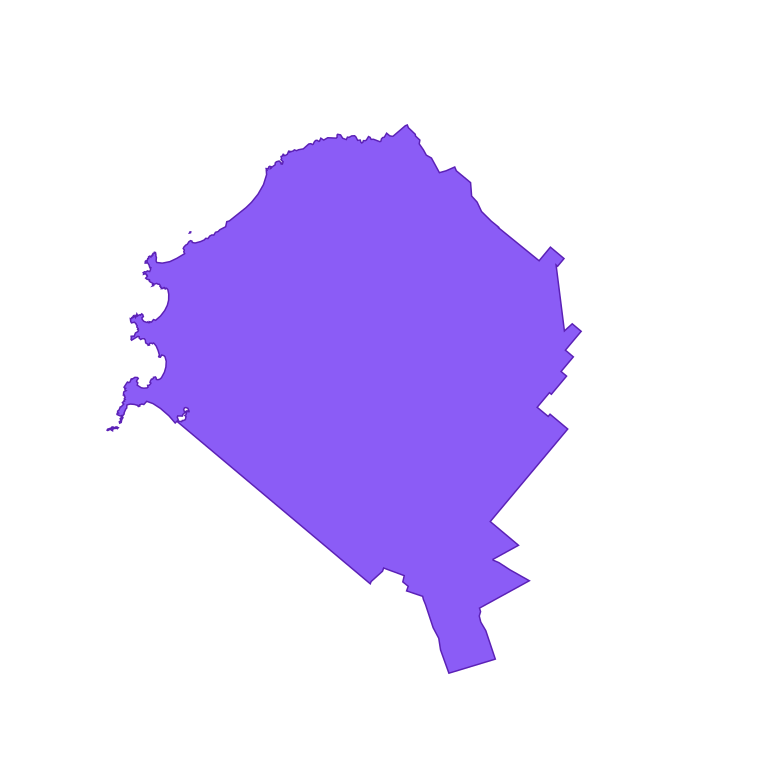 outline of Jerramungup, Western Australia, Australia, rotated 130°
{"feature_id": "25037944B23551861043119", "entity_name": "Jerramungup", "entity_type": "district", "adm_level": 2, "iso_a3": "AUS", "parent_name": "Australia", "parent_adm1": "Western Australia", "projection": "natural_earth1", "projection_center": [119.283, -34.031], "detail": "fine", "context": "isolated", "style": "filled", "palette": "violet", "viewbox_px": 768, "rotation_deg": 130, "n_neighbors": 0, "source": "geoboundaries", "source_scale": "gbopen_adm2", "svg_char_len": 6176}
<svg xmlns="http://www.w3.org/2000/svg" viewBox="0 0 768 768"><g transform="rotate(130 384 384)"><path d="M295.9,611.6L299.1,608.5L308.7,604.5L319.7,602.5L330.0,602.3L337.7,603.1L358.5,607.3L360.7,608.8L365.3,606.4L371.3,608.9L373.9,609.1L376.1,610.6L379.3,610.1L380.5,611.7L382.7,612.6L385.7,612.3L387.0,614.2L389.1,614.3L392.7,616.0L397.4,619.3L398.8,621.8L398.0,623.0L398.5,624.3L400.3,624.9L403.4,624.5L405.1,625.2L407.8,625.3L409.3,624.9L409.7,623.0L411.4,622.4L412.3,620.5L420.9,623.5L427.9,626.7L433.9,631.5L437.0,636.2L436.2,637.7L433.3,639.7L432.7,640.9L431.0,642.4L431.1,643.2L430.4,643.3L429.8,644.0L430.3,643.8L430.6,644.4L431.2,643.8L431.3,644.3L432.2,644.8L433.2,644.7L433.6,644.0L434.4,644.5L435.1,644.0L435.6,644.6L436.6,644.2L436.7,645.7L437.9,646.1L439.2,645.0L439.8,645.6L442.4,644.3L442.4,645.5L443.4,645.7L444.9,644.7L443.9,643.6L443.0,643.5L443.8,640.6L445.1,638.7L444.8,637.6L445.5,637.7L445.5,637.0L446.7,636.3L448.5,635.8L449.4,637.9L451.2,638.4L451.9,639.6L453.6,640.0L453.7,639.1L454.5,638.7L452.7,637.6L452.9,635.8L453.2,636.0L453.6,634.5L456.1,634.6L456.1,632.8L455.0,630.9L455.1,630.3L455.9,630.2L456.1,628.9L455.5,625.5L456.6,625.3L456.8,624.4L457.7,624.4L456.6,623.7L455.4,624.3L453.0,622.7L452.8,621.2L452.0,620.3L452.4,618.7L453.2,618.3L452.9,617.7L453.5,617.1L453.3,616.0L454.0,615.8L453.0,614.8L451.4,614.5L451.2,614.0L451.9,613.0L451.7,612.5L450.6,612.4L450.4,611.7L450.7,610.2L453.6,606.6L458.2,602.9L462.9,600.6L468.7,599.2L475.6,598.9L482.0,599.9L482.8,602.0L486.0,601.9L486.9,603.5L487.6,603.0L488.2,603.5L488.5,604.1L488.0,604.8L489.3,605.3L490.4,608.3L489.9,610.9L488.7,612.0L487.1,611.6L486.0,613.3L486.0,614.7L487.7,614.8L487.7,615.3L488.6,616.0L490.5,616.6L490.2,617.2L490.6,617.4L492.7,617.1L492.0,618.1L492.6,618.0L492.5,618.7L493.2,618.8L492.2,619.5L492.6,619.8L495.5,619.4L495.5,619.9L497.0,619.7L497.1,620.2L499.0,618.1L499.5,616.7L497.1,614.9L497.3,612.4L497.8,612.0L497.9,610.7L499.2,610.0L499.6,607.9L500.6,607.8L500.5,606.8L501.9,606.2L504.7,607.2L507.9,606.1L509.9,608.4L510.4,608.1L510.2,607.6L512.4,606.5L512.7,605.5L505.6,603.1L505.2,601.8L506.2,601.1L506.3,599.0L504.8,598.4L503.4,596.7L503.7,595.2L505.7,593.0L505.4,590.4L506.0,589.6L504.9,588.7L504.2,589.5L503.2,589.5L502.0,588.1L502.0,587.2L500.8,586.9L500.7,586.0L501.4,582.8L503.6,578.5L506.3,574.5L507.7,574.4L508.0,573.7L507.2,572.5L504.7,572.9L503.7,570.7L504.0,569.1L506.6,565.4L511.2,562.0L516.1,559.8L522.3,558.5L524.6,558.9L526.1,560.0L526.8,561.3L525.7,562.7L525.5,563.6L527.1,564.9L527.7,564.4L529.1,564.5L529.7,565.3L531.9,564.9L533.2,564.3L533.1,563.2L533.5,563.0L535.8,563.0L537.0,564.2L538.1,562.7L539.3,563.0L541.6,565.3L542.9,567.5L543.5,572.3L541.3,573.4L541.2,575.1L540.4,575.6L537.7,575.8L537.5,577.0L539.0,579.1L542.3,580.1L542.1,580.5L542.7,580.9L545.6,579.9L547.0,580.4L547.3,581.7L547.8,581.8L553.6,581.1L553.8,580.2L553.4,579.2L554.4,579.3L555.2,578.2L555.0,577.4L556.9,578.3L558.0,577.9L560.0,576.5L559.4,576.0L559.9,574.9L560.3,574.9L560.7,573.6L562.1,573.5L562.2,572.3L563.5,572.7L564.0,571.8L564.6,572.3L566.5,572.4L566.7,570.5L570.4,570.7L571.1,571.3L574.1,570.3L576.0,570.6L576.8,570.0L576.9,568.8L578.1,569.5L579.0,568.9L577.9,565.2L576.4,564.5L576.1,563.7L573.9,563.8L573.3,564.5L569.1,565.7L567.8,565.6L565.5,567.4L564.5,567.0L562.4,565.4L560.1,562.1L558.7,558.9L559.2,557.9L558.8,557.3L557.9,557.0L558.0,557.6L557.1,557.9L555.0,556.6L554.1,554.8L549.8,554.6L547.5,548.4L546.4,539.5L546.6,528.4L548.1,518.9L543.8,518.5L542.3,521.0L541.1,521.5L538.1,517.8L536.7,518.5L534.0,518.2L532.4,521.0L530.6,521.5L529.3,520.6L528.7,518.5L529.9,516.3L530.5,516.6L530.6,514.9L531.1,517.7L532.8,518.3L533.6,518.0L533.6,517.6L532.1,518.0L531.9,517.2L534.9,515.9L536.1,516.4L536.3,514.7L538.9,513.3L540.8,514.1L541.6,515.1L542.9,514.8L544.2,517.0L545.7,517.9L545.9,266.1L543.6,266.9L528.3,264.8L525.2,266.0L517.8,245.3L523.5,242.4L523.4,235.4L528.0,233.7L521.8,217.9L523.6,215.5L526.3,210.4L539.1,189.7L543.6,178.6L551.4,169.7L563.8,148.4L523.2,121.9L507.5,147.5L504.2,156.8L500.5,161.9L496.3,163.7L494.3,166.8L441.3,146.2L445.4,168.1L447.0,181.2L448.8,187.2L448.2,187.8L421.1,177.3L421.1,214.2L300.4,214.3L300.4,237.4L303.3,237.4L303.4,251.7L284.3,251.7L284.3,249.2L260.6,249.2L260.6,256.4L241.5,256.4L241.5,266.8L216.9,266.8L216.9,278.5L227.4,279.9L182.2,328.7L182.2,326.7L172.2,326.7L172.2,344.5L189.9,344.4L190.7,396.8L190.2,396.8L190.3,406.6L189.2,420.1L184.8,429.6L183.7,437.7L174.1,447.1L174.2,465.6L172.3,469.3L180.8,473.5L186.5,477.4L180.4,492.9L181.5,498.7L179.3,504.3L177.4,511.4L174.1,513.3L173.8,519.2L172.6,520.6L172.0,530.0L170.6,532.7L172.5,533.7L188.2,536.3L189.0,536.9L190.2,539.2L190.2,543.2L194.7,542.4L196.1,543.4L198.0,543.5L199.7,542.5L201.0,542.9L203.3,549.4L204.9,551.1L204.0,553.2L204.4,554.9L208.4,554.3L209.6,554.7L210.8,556.2L212.5,555.6L213.7,556.0L213.7,557.0L212.4,559.0L214.3,560.8L212.8,564.3L212.7,566.1L214.7,568.2L217.5,569.3L218.4,570.7L221.0,570.0L222.3,573.6L221.1,577.4L222.5,580.0L223.4,580.0L225.2,578.5L226.4,578.7L231.5,585.4L235.9,587.0L236.3,590.4L239.4,589.5L240.0,589.8L240.3,591.9L241.2,592.8L242.8,593.1L246.0,592.4L246.6,592.8L246.9,594.5L248.5,595.9L255.8,597.0L259.4,600.0L261.4,600.9L262.3,603.2L263.7,603.3L267.4,605.6L267.5,606.0L266.5,606.1L266.9,606.7L270.2,605.7L272.4,606.5L273.4,607.5L272.6,608.3L272.8,608.9L274.9,608.5L275.9,609.1L277.2,607.3L278.4,607.1L278.6,604.2L280.8,603.2L281.6,604.2L281.3,604.7L281.0,604.1L280.7,604.8L280.6,607.7L282.9,609.3L284.6,609.4L286.1,608.3L290.0,609.3L291.5,609.2L291.9,609.4L290.1,610.2L290.7,611.5L291.8,611.8L293.4,611.0L294.7,612.7L295.5,611.0L295.9,611.6ZM589.7,562.1L591.4,562.7L591.0,563.8L591.7,564.7L592.8,564.0L592.9,564.7L594.1,564.6L594.6,563.4L594.3,561.9L593.2,562.7L591.8,562.3L589.7,560.2L589.6,559.5L588.3,559.5L588.7,560.3L588.5,561.1L589.9,561.5L589.7,562.1ZM579.8,562.0L577.6,562.3L577.3,563.6L580.2,563.8L581.0,562.0L583.1,562.5L583.9,561.3L582.4,560.6L579.8,562.0ZM596.3,566.7L597.4,566.4L597.2,565.7L594.9,564.7L593.6,565.0L596.3,566.7ZM393.4,630.1L392.5,629.4L391.7,629.8L392.1,630.4L393.4,630.1ZM489.2,618.4L490.2,618.0L490.6,617.5L489.6,617.5L489.2,618.4Z" fill="#8b5cf6" stroke="#5b21b6" stroke-width="1.5"/></g></svg>